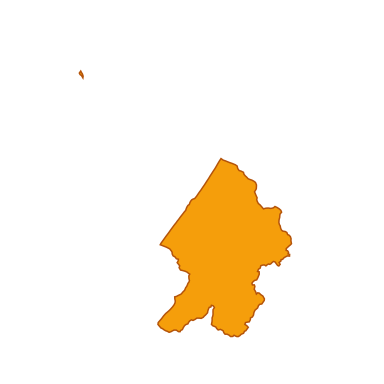 the district of Itanhaém, São Paulo, Brazil, rotated 160°
{"feature_id": "56859067B46019102018390", "entity_name": "Itanhaém", "entity_type": "district", "adm_level": 2, "iso_a3": "BRA", "parent_name": "Brazil", "parent_adm1": "São Paulo", "projection": "natural_earth1", "projection_center": [-46.824, -24.214], "detail": "fine", "context": "isolated", "style": "filled", "palette": "amber", "viewbox_px": 384, "rotation_deg": 160, "n_neighbors": 0, "source": "geoboundaries", "source_scale": "gbopen_adm2", "svg_char_len": 3745}
<svg xmlns="http://www.w3.org/2000/svg" viewBox="0 0 384 384"><g transform="rotate(160 192 192)"><path d="M267.7,74.8L266.4,73.6L265.6,72.3L264.3,70.7L262.8,69.5L261.5,68.0L259.6,67.9L257.9,68.2L256.1,68.4L253.9,67.5L252.5,65.4L251.0,64.8L250.0,65.8L248.1,66.0L246.9,67.2L245.1,68.7L243.4,69.5L240.9,69.5L239.9,70.6L238.3,71.6L236.3,72.1L235.0,71.0L232.9,71.2L230.6,71.8L228.3,71.0L226.6,70.1L224.3,70.4L222.9,71.2L221.3,71.8L218.7,73.2L217.9,74.7L216.8,76.1L215.3,77.7L213.6,77.5L212.5,78.9L210.9,77.7L210.5,75.7L212.4,74.3L213.3,72.1L214.0,70.0L214.8,68.5L216.2,66.8L216.8,65.0L217.7,63.0L219.0,61.0L218.3,59.3L216.9,58.0L215.8,57.0L215.5,55.3L214.6,53.4L212.3,53.2L211.2,52.1L210.2,50.9L210.2,48.9L209.6,47.1L207.7,46.4L206.2,44.9L205.2,43.0L203.1,42.3L201.5,43.0L200.4,41.8L199.3,40.8L198.0,40.3L196.1,40.7L194.5,41.5L191.9,41.6L190.3,43.2L188.9,43.2L185.4,45.6L186.3,47.8L187.6,49.5L186.4,51.0L184.0,50.7L182.6,50.4L180.9,52.0L180.1,53.7L178.0,53.9L176.3,55.3L175.1,57.5L173.2,59.4L170.0,60.6L168.4,62.5L166.8,63.3L164.7,62.9L161.3,65.3L160.5,66.8L161.0,70.0L162.5,72.1L163.4,74.0L164.8,74.8L166.4,74.1L166.3,76.5L166.8,79.3L165.2,81.8L165.2,83.4L167.0,84.0L166.9,85.8L165.2,86.9L163.3,87.5L161.3,87.3L159.5,88.9L156.9,91.8L156.2,94.1L157.6,94.9L155.9,96.7L153.9,97.2L152.6,99.2L150.8,99.2L148.9,98.7L147.8,97.3L146.3,97.9L144.8,98.2L143.6,97.4L142.1,97.7L140.8,98.4L139.3,98.9L137.9,97.9L137.2,95.3L136.7,93.7L135.7,92.8L133.9,93.9L134.3,96.0L132.1,96.7L131.4,98.0L129.9,97.7L128.2,98.7L126.2,99.1L124.2,99.3L122.3,98.4L121.6,100.0L122.9,101.0L121.9,102.3L122.3,104.1L123.5,104.9L122.8,106.6L121.1,107.3L119.5,108.0L117.5,108.7L116.2,109.4L115.7,112.4L114.9,114.2L114.8,116.5L115.6,118.3L116.7,119.3L116.7,121.5L117.8,122.9L120.2,124.3L120.9,125.6L121.1,127.6L120.7,130.0L121.0,131.6L120.8,133.6L119.7,136.1L118.3,138.1L117.6,139.7L116.9,141.1L114.7,142.4L114.8,144.4L115.9,146.5L117.4,148.4L119.0,150.0L120.8,149.3L122.5,149.4L124.0,149.8L125.5,150.7L127.3,151.3L128.6,151.6L130.6,151.7L131.8,154.9L132.5,156.7L133.6,158.5L133.9,161.0L133.8,162.7L132.8,164.3L133.0,166.6L133.1,169.2L133.2,170.8L131.9,171.8L130.5,173.0L129.7,174.8L129.0,176.6L129.1,179.3L130.2,181.0L131.7,182.7L133.1,183.8L134.7,185.2L135.6,187.4L136.5,189.1L137.1,190.9L136.9,192.9L138.7,194.8L140.4,196.1L141.0,198.4L140.7,201.0L142.0,202.8L144.5,205.1L146.6,206.8L148.5,208.5L149.8,209.7L151.8,211.3L153.3,213.5L155.6,211.8L156.7,210.9L158.3,209.6L160.4,207.8L162.6,206.0L164.4,204.7L165.6,203.8L166.9,202.8L168.1,201.9L169.7,200.7L170.9,199.7L172.3,198.6L173.7,197.6L175.8,196.0L178.3,194.1L180.2,192.8L181.4,191.9L183.2,190.6L184.9,189.5L186.6,188.3L189.2,186.4L191.8,184.9L193.5,185.0L195.0,184.7L196.6,183.7L197.8,182.5L198.8,181.2L200.4,180.8L201.7,179.8L202.8,178.7L204.2,176.9L205.9,176.0L207.9,174.7L210.5,173.1L212.5,171.8L214.1,170.7L215.5,169.9L217.5,168.5L219.2,167.5L220.9,166.4L222.1,165.6L223.6,164.6L225.4,163.4L227.1,162.2L228.9,161.0L231.7,159.2L234.6,157.2L237.1,155.5L238.7,154.4L239.9,153.3L238.4,152.0L234.9,148.9L232.4,146.2L231.6,143.8L231.3,142.1L231.8,140.6L231.6,138.5L230.1,136.7L229.5,134.6L227.8,133.5L228.6,131.9L230.1,130.7L229.5,129.0L228.8,126.8L230.0,125.3L229.5,122.6L227.5,121.3L225.6,119.9L224.1,118.5L223.1,116.8L222.2,115.6L223.7,114.2L224.5,111.6L224.7,109.6L225.7,108.4L227.0,107.6L228.2,106.2L229.2,105.2L230.8,104.1L232.5,102.2L235.3,100.9L236.6,100.0L237.9,99.7L240.4,99.5L242.3,99.2L244.1,99.4L244.7,97.4L245.0,95.3L245.8,93.7L247.3,92.2L249.5,90.7L252.7,89.0L254.5,88.2L256.6,87.4L258.3,86.8L261.2,85.2L263.9,83.4L268.4,80.9L269.3,79.2L267.7,74.8ZM257.2,342.3L257.0,340.6L256.0,339.2L255.5,336.6L254.7,338.1L254.6,340.4L255.0,342.1L255.2,343.7L257.2,342.3Z" fill="#f59e0b" stroke="#b45309" stroke-width="1.5"/></g></svg>